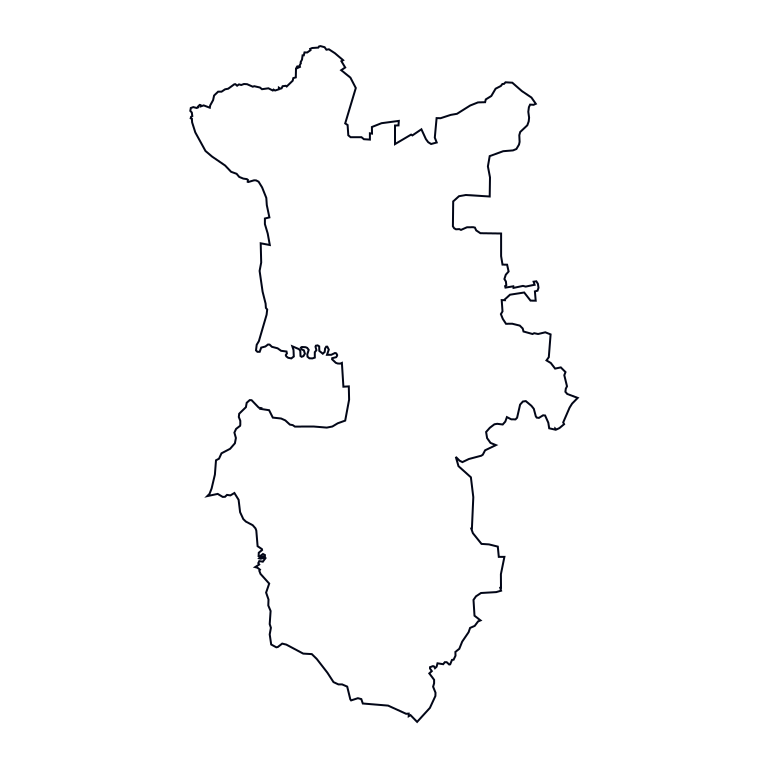 the district of Tulang Bawang Barat, Lampung, Indonesia
{"feature_id": "22746128B7348236235073", "entity_name": "Tulang Bawang Barat", "entity_type": "district", "adm_level": 2, "iso_a3": "IDN", "parent_name": "Indonesia", "parent_adm1": "Lampung", "projection": "albers", "projection_center": [105.087, -4.433], "detail": "fine", "context": "isolated", "style": "outline", "palette": "ink", "viewbox_px": 768, "rotation_deg": 0, "n_neighbors": 0, "source": "geoboundaries", "source_scale": "gbopen_adm2", "svg_char_len": 6058}
<svg xmlns="http://www.w3.org/2000/svg" viewBox="0 0 768 768"><path d="M501.1,590.7L500.3,587.9L501.0,587.9L500.9,574.2L504.4,556.9L498.8,556.9L497.8,546.6L489.0,544.4L481.5,543.9L472.9,533.2L471.3,528.7L471.9,528.7L473.3,497.2L470.9,477.3L458.5,466.2L455.8,456.9L459.6,460.7L462.4,462.1L468.9,459.0L481.3,455.7L482.8,454.7L485.1,450.3L495.9,445.1L490.5,442.9L487.1,438.1L486.1,432.0L489.8,427.8L494.4,424.3L497.2,423.8L502.7,424.5L505.3,421.6L506.9,417.1L511.2,419.3L515.5,419.4L517.1,417.7L520.1,404.6L522.9,401.5L525.8,401.1L531.4,405.8L533.8,408.8L535.8,416.3L536.7,417.6L538.9,417.9L543.1,415.3L545.1,415.5L548.3,422.7L549.2,428.3L555.1,429.6L555.2,428.5L556.4,429.5L559.4,428.1L564.1,424.2L563.2,422.4L569.6,407.6L572.1,403.6L577.7,397.9L567.3,394.0L565.4,391.8L565.8,388.7L567.0,386.3L564.3,375.2L565.5,372.1L560.8,367.4L555.1,368.6L550.8,363.0L546.5,360.4L548.8,357.2L550.6,334.4L545.3,332.3L538.1,334.0L534.2,333.2L532.5,334.0L523.5,331.5L522.7,328.5L519.8,325.6L512.1,323.7L506.0,323.8L502.8,318.9L500.9,314.1L502.5,311.4L501.7,300.1L504.8,300.2L504.6,299.6L510.0,294.7L524.2,292.5L530.5,300.6L535.7,300.7L534.9,291.4L537.5,290.7L538.5,287.8L537.9,283.8L536.3,281.3L533.6,281.7L534.6,284.8L531.9,285.3L525.7,286.6L523.0,285.9L513.5,287.9L513.3,286.3L505.5,287.6L505.1,286.1L506.3,285.2L505.9,281.5L504.4,279.0L505.8,274.7L508.6,271.5L507.1,264.7L502.5,264.6L501.1,256.1L501.1,233.5L480.4,233.2L476.2,230.4L474.9,227.6L473.2,227.2L466.9,227.3L461.0,229.9L459.3,229.1L456.0,229.3L454.2,228.3L452.9,226.3L453.2,201.4L459.0,196.2L465.8,195.0L489.7,196.5L490.0,177.4L487.9,166.4L489.7,156.1L503.2,151.2L513.0,150.4L516.4,149.0L519.0,144.6L519.6,141.9L519.3,135.2L520.2,132.0L527.3,125.3L528.7,121.4L529.1,117.7L528.3,111.8L528.9,107.2L530.1,104.6L533.6,104.8L535.8,103.8L531.4,97.5L521.9,91.1L512.3,82.7L505.5,82.3L504.0,83.9L502.4,84.0L500.8,86.0L495.6,88.7L491.3,96.0L485.8,99.4L485.1,102.2L478.0,102.4L470.2,105.5L457.0,113.8L450.7,114.9L440.6,118.2L436.6,118.1L434.8,137.6L436.7,142.5L431.1,144.0L428.2,142.2L425.9,139.1L421.4,129.3L412.4,135.4L411.1,134.6L395.0,144.1L395.0,125.5L398.5,125.4L398.8,120.9L381.5,123.2L371.9,127.0L372.0,133.6L369.9,133.3L369.9,139.6L363.9,139.2L361.5,137.2L350.6,137.2L348.3,135.3L347.6,125.0L345.2,123.4L355.8,88.0L350.4,77.6L341.2,70.2L345.2,67.5L341.4,61.2L343.1,60.2L334.9,53.2L328.9,49.3L326.4,49.7L324.6,47.2L320.5,46.1L319.1,46.4L318.3,47.6L312.2,48.0L310.1,48.9L310.5,50.2L307.2,52.5L304.5,52.4L303.8,55.3L302.6,55.3L302.0,59.6L300.6,62.2L300.9,63.1L299.7,65.3L299.9,66.5L297.3,66.4L296.9,67.0L298.6,67.5L296.0,68.7L295.8,77.4L293.3,78.1L292.7,80.7L286.7,86.5L285.8,85.8L282.6,86.2L281.6,88.3L280.5,88.7L278.9,87.7L278.9,89.3L275.1,90.5L273.5,89.6L272.8,90.5L268.4,88.3L262.0,89.2L259.9,87.5L254.2,86.2L252.8,86.7L247.1,84.2L244.0,84.0L241.2,85.0L239.0,84.4L237.1,85.7L235.4,84.2L234.3,84.3L228.2,88.7L225.1,89.3L221.5,91.7L218.1,91.7L214.1,95.5L213.1,100.1L210.2,105.4L209.8,107.7L203.7,105.4L200.7,106.4L200.6,105.1L199.7,104.9L197.9,106.7L198.1,107.4L196.7,108.0L193.3,107.1L190.8,108.0L190.3,110.9L191.8,112.5L192.3,116.1L191.1,116.8L190.7,118.3L191.9,118.8L192.1,122.3L195.3,132.4L205.5,151.0L212.1,156.6L225.1,165.5L231.1,171.8L236.6,173.8L239.2,176.9L243.3,178.6L246.8,179.1L247.9,179.9L247.7,181.8L248.3,182.0L254.1,180.3L256.1,180.4L258.6,181.7L262.1,187.4L266.3,197.9L266.8,205.1L269.4,217.4L264.9,218.5L264.9,224.1L267.7,233.5L269.8,245.0L260.7,243.3L261.2,262.5L259.6,270.9L262.6,291.7L265.6,303.6L265.9,307.9L267.2,309.5L266.6,314.7L258.9,341.1L256.7,344.8L256.0,350.4L257.4,351.8L259.7,351.8L261.2,347.6L265.4,346.5L268.0,344.5L269.6,344.6L271.9,346.8L277.6,348.3L281.1,350.8L286.5,351.5L286.9,353.4L285.8,355.1L286.3,356.4L288.2,357.8L291.3,358.4L293.8,356.5L293.5,350.0L292.3,346.3L299.1,349.2L300.3,351.0L300.5,356.0L301.6,356.8L303.4,356.1L304.9,353.7L303.9,350.4L301.6,349.3L300.9,347.6L301.9,347.0L305.6,347.2L307.2,347.9L308.7,349.9L307.3,354.3L307.5,356.7L309.4,358.3L312.4,358.4L314.8,357.6L314.8,352.2L316.4,350.2L315.5,346.7L315.9,345.7L317.7,345.4L319.2,346.4L319.3,350.9L322.8,353.7L324.7,351.9L325.1,348.5L326.2,346.7L327.3,346.7L328.8,349.6L327.0,354.8L331.2,354.8L335.0,353.0L336.3,353.4L337.2,355.1L336.8,356.3L336.1,357.2L332.2,358.2L332.1,359.3L335.8,362.8L337.7,363.5L340.3,363.6L341.9,362.9L343.4,386.7L348.8,386.4L349.1,399.7L345.2,420.6L337.7,423.3L332.4,426.5L326.8,427.6L313.3,426.5L294.9,426.6L292.7,425.1L289.9,424.6L285.3,420.4L281.1,418.5L272.8,417.6L269.1,410.2L260.6,408.9L261.1,408.1L258.8,407.7L251.6,400.2L249.7,400.1L246.7,402.8L245.9,407.2L239.2,413.7L238.8,417.0L240.3,420.8L240.3,424.8L240.1,425.8L236.1,428.9L234.4,432.6L235.9,438.0L234.9,443.3L230.1,448.8L221.5,453.3L219.0,458.7L216.0,460.3L214.9,474.6L211.6,488.5L209.5,493.9L207.3,496.1L217.7,493.9L222.7,496.9L225.0,496.8L227.0,494.9L230.4,495.4L234.4,493.0L238.6,499.8L240.1,512.2L243.3,519.1L245.9,521.6L252.7,525.2L255.5,528.4L256.3,530.6L257.6,546.2L261.9,549.1L262.1,550.0L258.8,552.7L258.6,556.1L259.9,556.3L263.0,554.0L264.9,555.0L264.9,556.2L259.9,557.4L259.1,558.3L260.7,558.7L264.9,557.6L265.5,558.1L262.8,561.7L259.3,561.1L258.3,563.1L259.2,564.5L255.2,567.1L257.4,567.7L260.0,569.7L259.3,570.8L260.5,573.9L269.2,583.6L266.1,592.6L268.5,599.5L268.3,605.5L270.6,611.0L269.7,624.1L270.9,627.8L269.7,634.4L271.2,644.5L276.3,647.3L277.8,647.0L282.2,643.6L286.3,644.6L303.2,653.6L311.8,654.1L316.8,659.0L327.4,672.7L333.5,682.1L338.4,684.4L342.1,684.4L347.2,686.6L350.3,699.3L351.1,700.4L357.9,698.2L361.3,699.1L362.8,703.5L388.1,705.6L406.1,713.8L408.7,713.6L408.7,716.2L410.5,715.1L417.1,721.9L429.9,707.9L435.4,696.0L435.5,692.7L433.1,686.7L434.1,683.3L434.1,679.8L429.3,673.4L431.8,671.1L430.0,668.5L430.0,667.2L433.0,666.1L434.1,666.5L435.0,668.2L436.6,666.7L437.5,663.3L443.2,664.2L444.8,662.2L446.7,662.2L449.2,664.5L450.2,664.3L452.0,659.9L453.6,659.7L455.5,655.7L455.4,651.9L459.3,648.8L462.2,641.6L468.6,632.2L470.1,627.9L474.7,625.9L478.1,621.4L480.5,620.4L474.5,615.7L473.5,599.9L476.0,596.3L481.0,593.0L496.2,592.1L501.1,590.7Z" fill="none" stroke="#020617" stroke-width="2"/></svg>